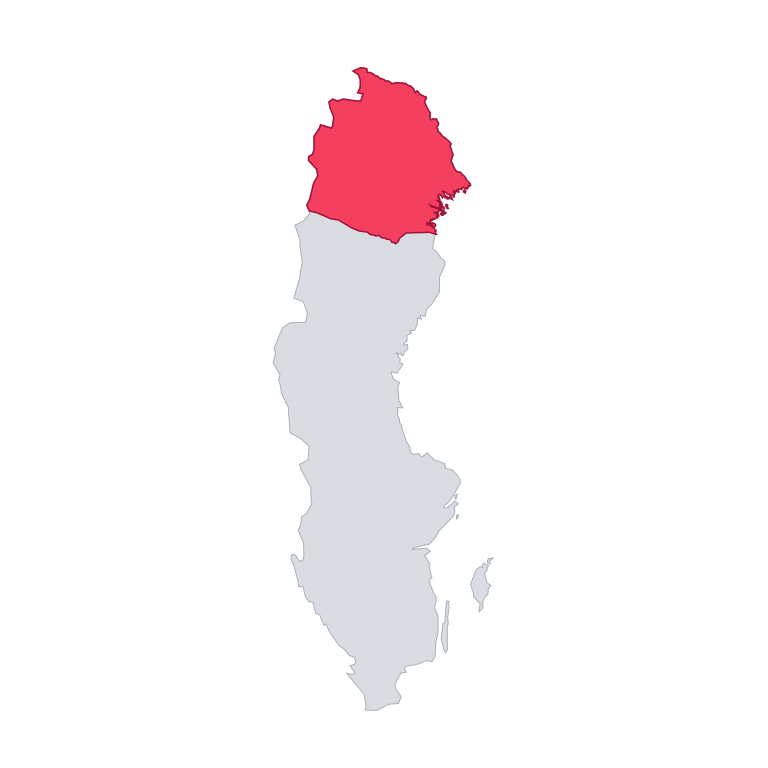 Sweden, with Norrbotten highlighted, rotated 340°
{"feature_id": "SWE-190", "entity_name": "Norrbotten", "entity_type": "County", "adm_level": 1, "iso_a3": "SWE", "parent_name": "Sweden", "parent_adm1": "", "projection": "orthographic", "projection_center": [22.14, 67.052], "detail": "fine", "context": "in_parent", "style": "filled", "palette": "rose", "viewbox_px": 768, "rotation_deg": 340, "n_neighbors": 0, "source": "natural_earth", "source_scale": "10m", "svg_char_len": 9762}
<svg xmlns="http://www.w3.org/2000/svg" viewBox="0 0 768 768"><g transform="rotate(340 384 384)"><path d="M242.7,515.7L243.6,521.8L247.8,521.7L250.1,517.8L254.0,506.0L253.4,491.9L257.7,487.8L261.1,480.7L266.8,479.3L275.3,471.7L277.3,462.9L279.9,456.6L276.8,435.7L277.1,430.6L286.6,429.4L292.3,416.8L287.4,407.3L279.1,397.7L286.2,372.6L284.4,358.1L285.8,352.4L286.6,343.3L289.4,340.0L287.0,326.1L292.8,317.7L292.8,312.9L307.9,296.5L316.6,294.3L331.3,299.1L335.8,292.3L336.4,288.4L336.2,279.0L328.6,272.5L339.8,257.1L348.8,241.8L352.0,226.2L354.4,219.7L354.6,204.2L363.9,203.5L372.8,198.1L372.6,189.6L392.8,165.5L393.8,161.0L392.9,156.4L389.6,148.0L391.1,144.5L395.9,142.8L398.4,139.5L402.9,127.6L413.0,118.8L422.7,125.9L427.9,115.4L428.6,100.4L432.3,99.0L458.7,109.8L463.4,104.3L459.0,101.2L463.7,95.4L465.1,91.7L465.7,87.3L465.6,85.0L462.2,79.3L470.5,78.8L474.9,81.5L475.3,84.9L493.1,102.8L507.6,109.8L511.8,114.8L513.3,120.3L515.6,120.6L518.4,125.7L521.3,128.6L519.0,132.3L519.2,140.5L520.0,144.2L518.6,151.3L523.6,152.9L524.4,157.3L521.9,161.7L522.3,166.5L528.9,181.0L527.3,185.8L527.0,191.8L524.1,196.3L523.7,200.9L524.3,206.7L525.4,209.5L528.3,211.4L533.4,227.0L528.5,228.3L524.7,226.2L515.8,228.4L513.6,230.7L506.9,224.6L503.0,228.1L500.4,225.0L498.3,230.2L497.6,237.2L494.4,236.6L495.6,239.3L491.3,240.2L491.0,241.3L491.8,243.0L490.5,245.2L484.5,245.9L483.6,248.1L485.3,250.9L485.3,252.6L481.5,250.0L484.0,255.1L484.5,258.8L475.9,273.3L478.6,277.2L480.7,285.5L483.2,289.3L482.0,293.1L473.0,302.2L467.6,316.3L456.0,325.5L450.0,327.7L445.8,334.3L441.4,332.0L441.1,335.9L438.3,333.3L435.6,339.1L431.2,344.0L426.8,342.8L426.2,343.7L427.5,345.2L422.2,346.2L420.4,351.4L416.4,352.6L415.6,354.2L419.6,354.8L418.5,359.0L413.9,360.8L412.1,363.5L410.1,363.3L410.6,361.2L407.6,361.1L406.9,358.6L406.2,359.2L407.8,366.3L406.1,369.0L408.7,371.9L400.0,378.2L395.2,375.2L394.4,377.2L395.0,383.2L399.1,388.1L396.2,391.0L392.3,404.5L393.6,412.9L387.9,410.6L388.1,413.8L386.0,417.3L386.3,422.7L385.5,426.2L386.6,429.5L385.7,430.9L385.4,445.9L386.6,452.4L385.6,457.4L387.9,460.3L393.0,461.3L394.3,465.6L401.1,463.6L405.2,472.2L413.8,479.8L413.0,484.4L418.6,488.0L421.7,494.5L422.7,499.7L422.1,502.9L412.6,511.1L405.2,516.6L397.7,519.6L398.0,521.0L401.5,521.9L410.6,518.2L412.9,522.1L408.1,523.5L406.8,528.4L404.6,531.5L384.2,541.5L381.4,544.9L372.2,549.9L356.5,548.1L353.9,549.1L367.4,552.6L370.3,557.1L363.6,559.2L365.6,569.4L363.7,571.7L362.7,582.7L360.3,582.7L358.9,587.1L359.2,598.3L360.1,601.4L359.3,604.6L354.9,611.7L355.4,620.7L349.6,636.4L343.8,645.4L338.8,657.5L334.0,661.4L329.2,658.2L321.4,658.9L307.6,656.8L305.8,657.9L306.3,662.5L301.4,661.2L291.5,669.8L290.7,674.4L293.2,683.9L288.2,689.2L278.8,686.5L265.9,688.4L255.0,683.9L256.8,681.0L259.3,669.2L250.0,643.0L255.5,646.4L258.1,645.5L255.6,637.1L260.7,637.3L262.6,634.7L262.4,630.0L258.5,627.4L255.9,619.6L252.7,615.3L248.2,599.9L247.2,589.7L244.9,590.2L244.6,578.6L241.4,576.3L242.4,564.7L238.9,562.8L237.4,557.1L238.6,547.1L234.5,545.1L235.8,540.4L237.2,522.6L236.7,516.9L238.5,513.1L240.9,513.1L242.7,515.7ZM420.5,590.4L418.5,591.3L417.1,594.5L413.8,595.9L412.7,606.0L415.5,610.0L412.3,611.5L409.9,616.7L404.2,620.0L401.8,623.3L400.3,628.2L395.3,630.5L399.2,623.3L395.3,614.5L396.6,611.6L396.8,601.7L407.3,589.9L411.9,588.6L413.9,590.1L414.9,587.1L416.4,586.5L420.5,590.4ZM352.5,655.7L349.9,657.6L349.4,654.5L350.6,642.9L357.3,629.5L359.8,628.6L367.9,610.4L368.8,609.2L371.0,610.6L369.2,612.2L369.0,615.5L364.0,625.2L362.3,631.6L360.7,633.1L352.5,655.7ZM422.7,586.5L422.1,589.3L419.8,586.9L422.3,583.8L427.0,584.9L422.7,586.5ZM415.3,512.7L412.1,517.0L411.6,515.1L412.3,513.0L415.3,512.7ZM407.4,535.3L405.9,535.5L407.1,532.6L409.3,532.0L407.4,535.3Z" fill="#d9dde1" stroke="#a8b0b8" stroke-width="1"/><path d="M458.0,110.0L458.7,110.0L459.4,109.4L463.5,104.4L458.8,101.3L462.1,98.4L463.6,96.0L465.7,90.2L465.8,89.4L465.8,85.3L465.7,84.5L461.9,79.3L470.5,78.8L471.4,79.7L473.3,80.1L474.4,81.2L475.2,81.5L475.6,82.1L475.6,83.0L475.3,83.7L474.8,84.0L474.7,84.9L475.0,85.5L477.8,86.7L480.1,89.1L481.6,91.9L483.2,92.3L484.2,95.1L484.7,95.7L486.0,96.1L488.4,98.3L488.7,99.7L491.8,100.7L493.7,103.5L493.8,104.3L494.3,104.9L498.2,104.9L499.4,105.2L499.5,105.9L500.8,106.0L503.4,107.2L504.3,107.1L505.8,109.0L506.8,108.6L507.2,109.0L508.4,111.2L511.2,113.3L511.5,114.5L512.5,115.9L512.8,116.6L512.7,117.7L512.9,118.4L512.7,120.2L512.8,120.6L513.0,121.0L513.4,121.0L514.8,119.9L515.4,119.9L515.9,120.7L516.8,124.2L518.6,125.8L520.2,127.7L521.4,128.2L521.7,128.7L521.7,129.5L521.3,130.4L519.6,131.4L519.0,131.9L518.7,132.7L518.6,133.8L518.8,135.9L518.9,138.6L519.6,142.5L520.2,144.4L520.2,145.5L518.9,147.0L519.1,147.5L518.2,150.2L518.4,151.3L519.0,152.1L521.1,151.6L522.3,152.4L523.9,152.7L524.1,153.1L524.0,155.4L524.0,156.5L524.6,156.8L524.2,158.3L523.8,159.1L521.8,160.1L521.5,160.5L521.3,162.1L521.7,162.6L521.4,163.7L521.0,164.5L521.2,165.4L522.8,167.9L523.0,169.7L523.8,171.6L524.3,172.3L525.1,172.9L525.6,173.5L526.7,175.8L527.8,177.4L529.2,181.2L529.1,181.6L528.9,181.8L528.1,181.9L527.8,182.7L527.3,183.7L527.5,186.7L527.2,189.2L527.5,190.9L527.3,192.4L526.0,193.5L526.0,194.0L525.6,194.5L524.6,195.2L524.6,195.9L523.7,196.6L523.2,197.3L523.1,198.3L523.5,199.7L523.8,201.6L523.6,203.8L524.1,206.5L524.8,208.8L526.0,210.2L528.0,210.9L528.4,211.4L529.7,214.9L530.5,215.9L531.3,218.8L531.3,220.6L532.3,222.3L532.8,224.1L533.5,225.4L533.5,226.2L533.1,227.1L532.5,227.2L531.1,226.9L531.5,227.5L529.7,227.9L529.5,228.9L529.2,229.2L528.4,228.7L528.1,227.7L527.8,228.0L526.4,227.8L526.0,226.5L525.6,226.2L524.6,226.2L523.6,227.7L523.4,227.7L523.1,227.1L520.8,226.9L520.9,226.3L520.5,226.1L519.6,227.6L519.9,228.0L519.9,229.2L518.9,228.8L518.7,228.1L518.7,226.6L518.3,226.7L517.6,227.9L517.1,227.9L516.0,226.7L515.3,226.5L515.1,226.8L515.1,227.6L515.3,228.2L516.2,229.2L514.5,230.3L514.1,230.8L514.2,231.7L513.7,232.1L513.2,232.0L513.4,231.1L512.6,229.6L511.5,229.4L510.6,228.9L510.1,228.0L509.8,227.9L509.0,228.0L508.6,227.5L508.0,225.6L507.6,224.9L505.1,222.9L504.7,223.0L505.7,224.6L506.0,227.7L505.8,229.0L505.4,229.8L505.1,229.9L505.1,228.9L504.7,228.3L503.6,228.1L502.5,229.0L502.4,228.6L502.5,228.1L502.8,227.4L502.6,226.8L501.7,225.9L501.8,225.3L500.5,225.0L499.8,225.1L499.7,225.9L499.0,226.2L499.7,227.5L499.7,228.0L498.8,227.8L499.6,229.7L499.0,230.9L497.4,229.7L496.8,229.7L497.5,230.9L499.7,231.7L499.9,232.5L500.2,233.8L499.7,233.7L499.2,234.1L499.0,233.0L498.6,232.5L498.1,232.4L497.7,232.8L497.9,233.4L497.7,234.1L498.2,235.6L496.4,236.0L498.5,236.6L498.9,235.6L498.2,234.1L498.4,233.7L498.7,233.9L499.1,234.7L499.0,235.0L500.0,235.5L500.1,235.8L499.3,236.5L499.1,236.9L499.3,237.3L500.6,238.1L501.0,239.4L500.5,239.8L499.8,238.8L498.5,238.2L498.0,237.7L497.6,237.9L497.7,238.5L497.1,238.4L495.2,236.9L493.8,236.3L492.9,235.2L492.1,234.9L491.5,234.2L490.0,233.5L489.2,232.0L488.4,231.2L488.8,233.1L489.9,234.3L492.2,235.6L493.8,237.2L495.3,238.1L496.0,239.3L496.7,239.4L496.2,239.9L494.6,240.1L494.1,241.0L493.7,240.5L493.0,240.9L490.0,240.1L490.9,241.6L491.4,242.2L491.8,241.9L491.3,241.3L491.8,241.3L493.4,243.2L493.0,244.8L492.7,245.1L492.1,244.7L491.7,243.8L491.5,244.4L491.7,245.7L491.4,246.1L490.7,245.9L490.5,245.4L489.4,246.2L488.8,246.3L487.2,245.6L486.8,245.7L487.1,246.3L486.2,246.4L485.7,246.2L485.3,245.4L484.9,245.4L484.1,245.7L484.1,246.0L485.1,246.3L485.1,246.6L483.0,246.5L482.6,247.2L483.0,247.6L482.2,248.2L483.0,248.6L484.0,250.0L484.4,250.1L484.8,249.9L484.8,249.2L485.2,249.3L487.0,251.5L487.0,252.2L486.4,253.0L485.5,253.6L484.6,253.7L484.0,253.2L483.0,250.6L481.4,249.3L480.2,247.4L479.6,247.5L480.0,247.8L479.7,248.4L478.9,248.5L478.7,249.1L481.1,249.8L481.7,250.4L482.8,252.6L483.9,254.0L485.2,256.9L485.4,257.8L485.0,258.2L484.0,258.3L484.3,259.0L483.9,260.8L484.7,261.4L484.6,261.5L478.6,257.0L456.6,249.7L448.6,252.3L447.1,254.1L444.6,255.7L443.0,256.2L442.4,255.8L442.3,255.2L441.3,254.2L440.2,253.9L439.8,253.5L439.7,252.1L439.5,251.3L439.0,250.6L438.0,249.7L436.0,249.0L435.0,247.4L431.9,245.8L430.9,244.4L430.1,242.7L427.2,242.3L426.5,241.9L425.4,240.4L423.4,239.7L422.4,239.0L421.5,237.9L420.3,235.6L412.9,231.6L407.4,226.7L397.3,214.3L390.5,210.5L379.6,200.2L372.9,195.8L372.6,190.8L372.6,189.5L377.6,185.0L385.6,172.5L387.3,170.5L391.0,167.4L392.7,166.3L393.0,165.6L394.1,159.7L394.1,158.9L389.5,148.2L390.8,144.9L391.2,144.4L394.2,144.1L395.3,143.6L396.3,142.6L398.5,139.6L398.9,138.7L402.5,128.4L402.9,127.5L403.4,126.9L411.0,121.6L412.6,119.1L413.0,118.7L422.3,125.7L422.8,125.6L427.6,117.3L428.1,115.5L427.7,106.4L428.5,100.8L428.8,100.0L433.3,98.6L436.6,102.1L437.5,102.4L443.2,102.2L450.5,106.3L458.0,110.0ZM497.0,241.4L496.4,240.0L497.1,239.7L498.9,240.6L499.6,241.5L499.6,241.9L499.1,242.1L498.7,241.4L498.1,241.1L498.0,241.8L498.2,242.6L497.0,241.4ZM526.7,229.6L526.9,230.1L526.6,231.3L525.7,232.3L525.0,231.8L524.6,231.1L524.6,230.2L524.7,229.9L525.0,230.5L525.2,229.7L525.9,230.2L526.3,229.8L526.6,230.1L526.7,229.6ZM510.7,231.3L511.5,232.4L511.4,232.7L511.1,232.6L511.0,232.9L511.2,233.9L510.4,233.1L509.8,232.3L509.5,231.5L509.6,230.7L510.4,230.5L510.9,230.9L511.0,231.2L510.7,231.3ZM506.8,231.8L506.5,231.3L506.5,231.1L506.7,229.4L506.9,229.2L507.8,230.1L508.2,231.8L508.1,232.2L506.8,231.8ZM495.7,244.9L495.5,244.2L495.6,243.1L496.1,242.9L496.8,243.3L496.9,243.5L496.7,244.0L497.1,244.6L497.2,245.2L497.2,245.5L495.7,244.9ZM499.9,243.5L500.8,244.0L500.6,244.4L500.0,244.9L498.2,244.8L498.4,243.9L498.6,243.7L499.1,244.3L499.9,243.5ZM502.9,238.2L504.7,237.4L505.0,237.6L504.9,238.0L504.5,238.4L504.2,239.2L503.1,238.7L502.9,238.2ZM503.4,239.9L504.4,240.6L504.6,240.9L504.5,241.1L503.6,240.9L503.3,240.3L503.4,239.9ZM503.6,237.3L503.3,236.8L503.6,236.5L504.1,236.5L504.3,237.1L503.6,237.3Z" fill="#f43f5e" stroke="#9f1239" stroke-width="1.5"/></g></svg>